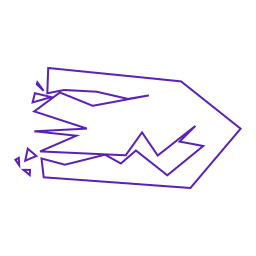 the County of Sogn og Fjordane
{"feature_id": "NOR-915", "entity_name": "Sogn og Fjordane", "entity_type": "County", "adm_level": 1, "iso_a3": "NOR", "parent_name": "Norway", "parent_adm1": "", "projection": "robinson", "projection_center": [5.843, 61.458], "detail": "coarse", "context": "isolated", "style": "outline", "palette": "violet", "viewbox_px": 256, "rotation_deg": 0, "n_neighbors": 0, "source": "natural_earth", "source_scale": "10m", "svg_char_len": 683}
<svg xmlns="http://www.w3.org/2000/svg" viewBox="0 0 256 256"><path d="M43.7,177.3L41.5,158.5L64.9,164.7L105.0,154.7L120.9,163.5L135.9,150.5L167.3,175.3L203.2,146.0L179.6,141.6L195.4,125.9L157.7,155.5L142.0,132.4L125.7,155.3L40.1,151.4L76.4,135.7L34.3,131.3L86.9,128.6L34.2,111.4L59.9,92.5L92.7,105.8L148.9,95.4L128.0,98.9L96.5,91.7L63.9,90.0L47.3,93.3L48.2,68.0L181.1,81.4L240.6,128.7L190.4,188.0L43.7,177.3ZM32.6,102.4L34.9,93.2L51.3,97.1L32.6,102.4ZM27.8,148.7L36.4,156.0L25.2,160.7L27.8,148.7ZM37.4,82.3L43.6,90.8L36.8,84.3L37.4,82.3ZM18.8,157.8L19.2,165.3L15.4,159.8L18.8,157.8ZM30.0,169.9L29.7,175.1L23.5,169.9L30.0,169.9Z" fill="none" stroke="#5b21b6" stroke-width="2"/></svg>